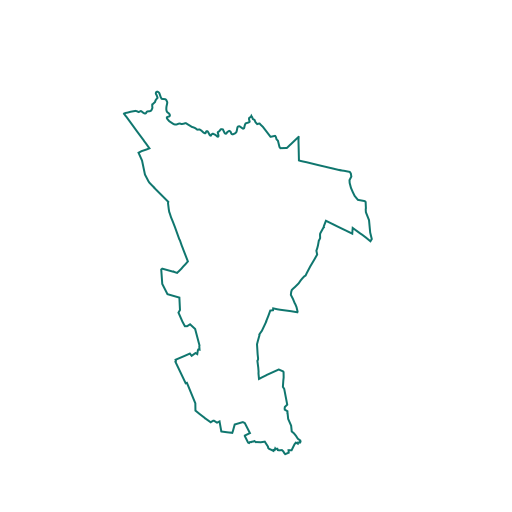 outline of Galēnu pag., Riebinu, Latvia, rotated 244°
{"feature_id": "27541924B64203251765316", "entity_name": "Galēnu pag.", "entity_type": "district", "adm_level": 2, "iso_a3": "LVA", "parent_name": "Latvia", "parent_adm1": "Riebinu", "projection": "equal_earth", "projection_center": [26.866, 56.452], "detail": "fine", "context": "isolated", "style": "outline", "palette": "teal", "viewbox_px": 512, "rotation_deg": 244, "n_neighbors": 0, "source": "geoboundaries", "source_scale": "gbopen_adm2", "svg_char_len": 6019}
<svg xmlns="http://www.w3.org/2000/svg" viewBox="0 0 512 512"><g transform="rotate(244 256 256)"><path d="M441.7,199.7L441.4,199.8L439.1,200.2L438.1,200.5L426.9,202.5L420.6,203.6L409.0,205.8L408.4,205.8L405.5,206.4L399.5,207.4L399.7,204.5L400.4,199.2L400.3,195.7L391.7,195.4L377.9,191.9L370.3,192.1L368.7,192.3L364.7,193.6L362.3,194.5L362.2,194.3L343.1,200.9L342.3,200.2L342.1,200.1L336.3,198.1L333.6,197.3L332.3,197.2L328.1,196.6L323.3,196.3L317.4,195.8L305.6,194.5L304.7,194.4L303.5,194.5L297.8,193.8L294.9,193.6L294.2,193.5L281.0,192.4L279.5,188.9L278.5,186.1L277.5,183.8L277.4,183.7L276.0,179.6L275.7,178.5L275.4,177.7L277.0,176.0L278.0,175.2L277.9,175.1L278.0,174.9L285.7,166.2L285.4,164.9L272.0,159.5L260.5,159.7L252.2,168.9L240.8,164.0L239.1,161.5L229.4,161.1L224.1,161.3L223.1,163.3L223.5,166.8L217.1,169.3L200.4,166.0L199.6,165.4L196.6,164.2L197.3,163.4L197.3,163.1L196.3,162.1L193.6,160.2L195.3,159.1L194.5,154.4L197.3,153.8L197.5,148.1L198.0,138.2L196.7,138.0L196.3,137.2L172.4,137.0L172.3,138.3L168.7,138.1L150.2,136.9L143.6,133.8L138.6,136.1L133.0,138.9L132.4,139.0L132.1,139.3L126.4,142.4L126.5,142.8L126.7,145.4L126.4,146.0L123.3,147.9L123.3,150.7L113.5,147.9L113.4,148.0L110.2,152.8L107.9,156.4L108.0,156.4L107.5,157.2L108.9,158.6L113.9,163.0L112.5,171.2L112.1,171.7L110.7,172.7L99.5,172.9L99.5,167.2L99.1,167.0L91.8,167.1L90.9,167.8L91.4,169.1L90.7,170.4L90.9,171.1L90.4,172.1L90.4,173.4L88.7,174.3L88.5,175.0L86.5,178.6L85.3,182.5L79.4,183.2L78.2,182.8L76.6,183.4L76.5,183.6L75.7,184.3L73.2,186.2L74.0,186.8L73.4,187.7L74.6,188.9L74.0,189.0L73.6,190.3L73.4,190.7L72.0,190.5L71.2,191.6L70.2,194.2L68.4,194.9L66.6,195.0L65.1,195.4L64.9,199.2L67.2,200.1L65.8,202.8L69.9,208.1L70.8,210.0L69.0,211.3L69.9,212.0L69.0,213.8L69.6,214.6L69.8,214.7L70.3,214.5L70.8,214.9L73.4,213.5L76.8,213.1L78.6,212.7L80.2,212.3L82.6,211.2L88.1,213.2L95.5,213.5L100.7,215.4L100.8,215.3L102.7,216.2L105.3,214.5L106.4,214.9L107.7,215.8L108.7,218.9L124.2,223.1L126.6,222.8L132.0,225.9L134.7,227.6L139.6,229.9L140.3,229.7L140.5,229.7L144.0,226.7L144.4,213.3L144.3,212.9L144.3,208.2L144.2,204.8L149.5,206.8L150.9,207.6L154.7,209.1L161.2,211.3L161.9,212.3L163.1,213.0L167.0,214.4L175.7,218.0L176.2,218.2L178.7,220.3L183.3,224.4L183.7,224.6L184.0,224.6L184.9,226.1L186.2,228.5L189.3,232.4L192.6,236.5L192.9,236.5L193.0,236.7L197.1,241.2L200.7,244.9L199.8,247.5L201.4,248.5L198.7,251.9L197.2,254.0L191.1,263.2L187.3,268.5L187.8,269.0L192.3,270.0L195.2,270.2L196.8,270.1L201.1,270.4L205.8,270.3L208.3,271.9L209.8,273.3L210.5,275.4L211.0,277.3L212.7,282.3L214.5,285.5L215.5,287.7L216.5,290.3L216.7,292.0L218.3,294.0L223.0,300.4L224.1,302.1L227.2,306.8L230.5,311.6L234.3,312.6L236.1,314.4L238.3,316.3L242.4,319.3L242.9,320.2L244.0,321.5L247.1,322.9L248.1,323.6L252.0,329.1L252.0,329.5L252.3,329.5L253.1,330.1L257.0,334.3L247.4,341.7L233.9,352.3L238.8,355.2L230.5,359.6L228.5,360.8L224.1,363.0L219.1,365.3L220.5,367.5L227.0,368.9L238.7,373.3L246.5,373.9L247.3,374.0L250.1,375.2L250.7,375.7L254.4,377.3L256.2,378.1L256.8,378.2L257.1,378.1L257.9,377.5L261.8,372.2L266.7,371.0L271.1,371.0L275.4,371.2L276.6,371.4L280.6,372.2L283.2,373.3L285.6,376.5L288.6,377.4L290.5,377.1L294.0,372.5L294.8,371.2L296.2,369.5L296.0,369.4L298.8,366.0L310.5,351.7L318.0,342.7L320.4,339.6L322.1,337.5L323.1,336.5L333.1,341.1L341.2,344.8L344.3,346.5L344.4,346.4L344.2,346.1L343.8,344.5L341.1,336.0L341.0,335.5L339.6,331.3L339.6,331.0L342.2,325.2L343.7,324.9L349.8,326.2L350.1,326.2L351.9,325.6L354.0,326.0L355.5,325.9L355.7,325.6L356.7,321.4L356.8,321.3L369.1,318.8L372.0,317.7L373.5,317.3L373.7,316.9L374.0,314.9L376.4,314.2L379.0,314.3L380.5,313.2L382.5,313.4L383.0,313.3L383.2,313.2L383.9,313.2L383.4,312.6L383.2,311.8L383.2,311.0L383.1,310.6L382.9,310.2L382.2,309.8L381.7,309.6L380.0,309.3L379.6,309.2L379.4,309.0L379.3,308.5L379.3,307.6L379.7,305.2L379.7,304.8L379.3,304.2L378.8,303.6L377.8,302.7L377.1,302.1L376.5,301.7L376.1,301.2L376.0,300.6L376.2,300.1L377.2,299.5L379.4,298.3L379.9,297.9L380.1,297.3L380.2,296.6L379.9,295.9L379.6,295.6L377.1,293.7L376.3,293.0L375.9,292.5L375.5,291.3L375.4,290.6L375.5,288.6L375.6,288.3L376.2,287.7L376.9,287.5L378.9,287.6L379.7,287.2L380.1,286.9L380.2,286.6L380.0,284.7L379.7,284.0L379.2,283.3L379.1,282.9L379.1,282.6L379.3,282.2L379.9,281.8L380.8,281.7L383.3,281.7L384.1,281.8L384.9,281.0L385.1,280.6L385.3,279.8L384.2,277.6L384.1,276.4L384.0,276.0L383.8,275.8L383.6,275.7L381.5,275.3L380.6,275.0L380.1,274.7L379.9,274.2L380.1,273.8L380.2,273.7L380.7,273.4L381.4,273.2L382.8,272.5L384.8,270.9L384.7,270.5L384.8,270.2L384.8,269.3L384.5,268.9L384.1,268.4L384.0,268.2L384.2,267.8L384.5,267.6L385.2,267.4L388.4,267.3L389.3,267.1L389.6,266.8L389.7,266.6L389.8,266.1L389.7,265.8L388.9,264.9L388.6,264.5L388.6,264.0L388.9,263.7L390.0,262.9L392.6,261.9L394.1,261.0L394.5,260.7L395.2,258.8L395.6,258.4L397.1,257.7L397.7,257.3L398.9,256.3L400.2,254.9L401.7,254.0L404.0,252.5L405.5,251.6L406.1,251.2L406.4,250.6L406.5,249.5L407.1,247.2L407.4,246.7L408.4,245.7L408.7,245.0L408.9,243.8L409.0,242.4L409.2,241.8L409.8,240.7L410.2,240.2L411.1,239.5L415.2,237.1L417.5,236.5L418.7,236.3L419.2,236.4L419.7,236.7L419.8,237.1L419.7,238.2L419.5,238.8L419.5,239.3L419.7,239.8L420.1,240.2L420.7,240.4L421.5,240.4L422.0,240.3L422.8,240.0L424.1,239.3L425.1,239.2L425.9,239.3L427.2,239.7L428.7,240.5L429.9,241.3L431.4,242.5L432.6,243.4L433.1,243.6L433.6,243.7L435.6,243.7L436.4,243.4L436.9,242.9L438.2,240.7L438.7,240.1L440.5,240.0L444.7,240.5L445.2,240.4L446.0,240.1L446.7,239.6L447.0,239.3L447.1,238.7L447.0,238.1L446.8,237.8L446.2,237.3L445.4,237.1L444.0,237.2L443.4,237.1L442.0,237.0L441.3,236.8L441.1,236.2L440.1,234.2L439.6,233.6L438.7,232.8L437.7,229.6L437.7,229.2L437.2,229.0L436.4,228.5L434.7,227.9L434.0,227.3L432.9,225.9L432.6,225.1L432.7,224.0L433.5,221.9L433.5,221.1L432.6,219.6L432.6,219.1L432.9,218.4L433.4,218.0L434.1,217.5L436.4,216.4L436.8,215.9L436.8,214.1L436.9,213.5L438.1,212.6L439.2,211.4L439.8,209.4L440.6,206.6L441.2,203.3L441.6,202.0L441.9,200.0L441.7,199.7Z" fill="none" stroke="#0f766e" stroke-width="2"/></g></svg>